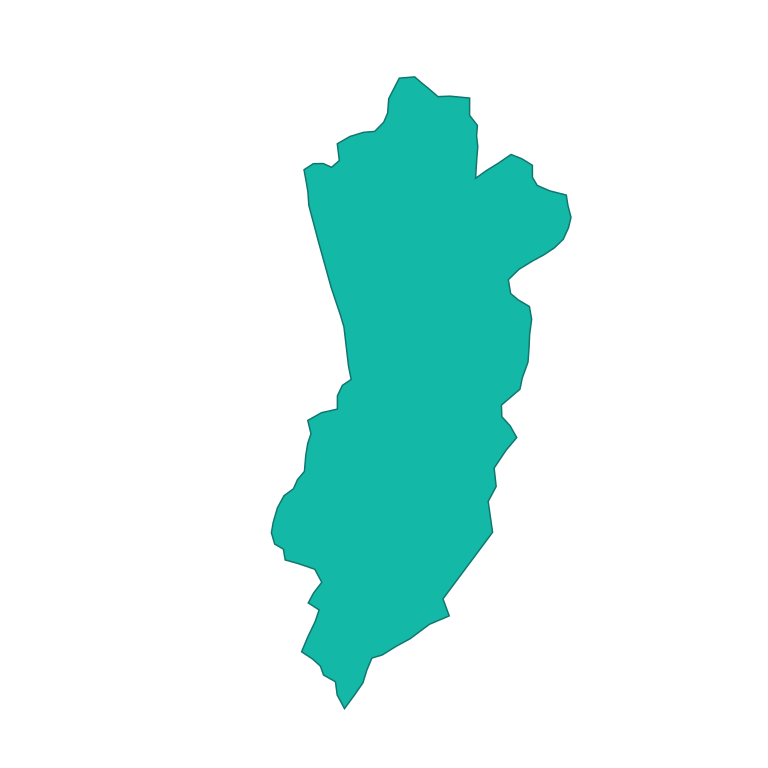 Pedreira, São Paulo, Brazil (Albers equal-area conic projection), rotated 40°
{"feature_id": "56859067B78488981040845", "entity_name": "Pedreira", "entity_type": "district", "adm_level": 2, "iso_a3": "BRA", "parent_name": "Brazil", "parent_adm1": "São Paulo", "projection": "albers", "projection_center": [-46.892, -22.763], "detail": "fine", "context": "isolated", "style": "filled", "palette": "teal", "viewbox_px": 768, "rotation_deg": 40, "n_neighbors": 0, "source": "geoboundaries", "source_scale": "gbopen_adm2", "svg_char_len": 1550}
<svg xmlns="http://www.w3.org/2000/svg" viewBox="0 0 768 768"><g transform="rotate(40 384 384)"><path d="M265.8,109.9L249.5,121.1L240.6,129.2L229.1,129.0L219.3,129.2L210.1,129.0L199.1,139.9L204.2,162.4L212.6,174.0L215.5,183.6L214.5,196.5L206.5,204.4L198.8,216.3L193.8,230.0L206.1,241.5L204.6,251.7L195.7,254.2L188.3,260.6L185.0,271.3L194.8,279.4L202.3,285.8L211.5,295.4L225.7,305.4L242.6,317.3L281.6,344.1L305.8,358.9L316.6,366.0L345.2,393.0L355.9,401.6L353.0,411.8L355.9,423.0L364.4,433.2L354.6,446.1L349.0,460.9L360.0,469.0L363.8,478.6L370.1,489.2L379.2,502.1L379.2,512.8L382.0,522.5L379.2,533.8L382.0,547.5L388.0,561.1L393.4,570.4L403.2,576.9L413.1,575.2L421.4,582.3L433.3,576.9L450.0,570.4L463.8,575.9L464.4,589.4L466.7,600.4L479.5,598.8L483.9,610.0L488.5,627.7L493.0,642.1L506.2,640.6L516.6,641.0L524.8,645.8L538.2,643.3L548.0,652.3L562.4,658.1L561.3,641.1L559.9,626.3L554.6,613.8L550.9,601.7L556.9,592.5L561.9,577.1L567.8,562.1L573.2,539.0L583.0,519.7L567.3,510.7L562.5,427.8L539.3,407.0L535.8,390.4L522.4,377.6L520.1,356.4L520.1,339.7L507.6,335.0L495.3,333.3L487.5,324.7L491.5,300.6L486.1,290.6L480.2,274.6L471.3,262.3L463.9,252.7L455.4,239.4L445.6,231.2L432.7,233.3L422.9,233.3L412.2,224.2L413.7,209.4L418.5,194.8L423.5,182.1L427.0,170.2L428.3,158.0L424.9,145.7L420.1,136.1L410.1,129.0L402.2,122.1L386.6,129.6L373.8,133.4L364.9,130.3L357.1,121.1L345.1,122.8L333.8,126.5L329.8,140.9L325.4,154.2L321.9,167.5L310.2,151.7L303.3,141.9L295.4,134.4L289.4,125.9L276.9,123.2L265.8,109.9Z" fill="#14b8a6" stroke="#0f766e" stroke-width="1.5"/></g></svg>